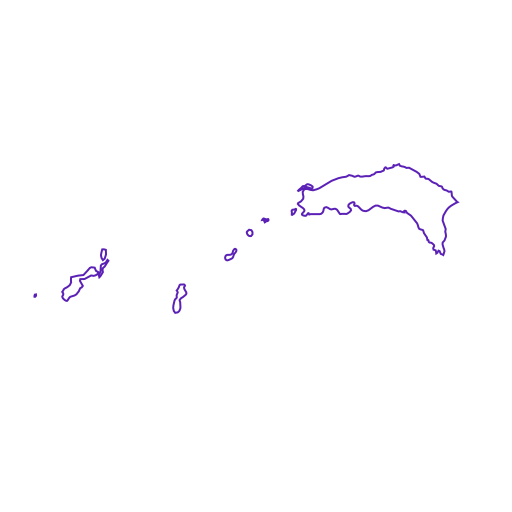 an SVG outline of Sulawesi Utara, rotated 222°
{"feature_id": "IDN-513", "entity_name": "Sulawesi Utara", "entity_type": "Province", "adm_level": 1, "iso_a3": "IDN", "parent_name": "Indonesia", "parent_adm1": "", "projection": "natural_earth1", "projection_center": [125.095, 2.916], "detail": "fine", "context": "isolated", "style": "outline", "palette": "violet", "viewbox_px": 512, "rotation_deg": 222, "n_neighbors": 0, "source": "natural_earth", "source_scale": "10m", "svg_char_len": 5865}
<svg xmlns="http://www.w3.org/2000/svg" viewBox="0 0 512 512"><g transform="rotate(222 256 256)"><path d="M117.5,382.0L118.6,381.8L120.1,381.2L122.9,382.5L123.9,382.1L123.7,381.3L123.4,379.6L123.7,378.5L125.1,379.7L126.3,380.4L128.3,379.5L129.6,380.4L129.9,381.2L130.0,382.0L130.2,382.6L131.0,383.2L131.7,383.3L133.6,383.3L134.3,383.2L135.0,382.9L135.5,382.5L136.1,382.1L137.1,382.1L137.6,382.4L138.1,382.9L138.6,383.1L139.4,382.6L141.3,384.1L146.5,385.4L148.6,386.7L149.4,386.9L151.7,385.8L152.8,385.4L154.1,385.8L156.9,387.5L158.2,388.1L167.8,389.7L172.5,389.1L173.2,389.2L174.5,389.7L175.0,389.7L175.8,389.1L176.0,388.6L175.8,388.0L175.0,387.6L176.1,386.8L178.8,385.8L179.9,384.5L187.6,381.2L189.8,380.7L190.7,379.8L192.4,377.7L194.6,376.5L199.2,375.0L200.9,373.4L201.9,370.8L203.0,365.3L204.1,363.1L204.9,362.4L206.0,361.7L207.2,361.1L208.6,360.9L213.2,361.2L214.5,360.9L215.1,360.5L215.6,359.9L216.0,359.4L216.8,359.3L217.4,359.7L217.7,360.5L218.1,361.2L219.0,361.5L220.0,360.9L220.8,359.4L221.4,357.6L221.5,356.1L220.8,354.8L219.8,354.3L217.1,354.4L215.9,353.5L215.8,351.5L216.3,349.3L216.8,347.9L220.5,344.7L221.0,343.9L221.8,343.4L226.7,344.6L228.4,344.3L229.4,343.5L231.1,341.1L232.3,340.4L235.1,339.9L236.5,339.3L237.5,337.6L237.1,336.1L236.1,334.6L235.6,333.0L235.8,331.0L236.6,329.8L243.4,323.7L244.0,322.7L244.3,322.4L245.6,323.0L245.9,322.7L245.8,319.9L245.9,319.2L246.7,318.5L248.1,317.7L249.5,317.5L250.1,318.3L250.1,321.6L250.7,322.5L252.0,323.0L253.3,323.0L257.9,322.4L259.8,322.7L260.1,323.6L259.1,326.7L259.2,330.1L260.6,332.0L262.5,333.3L264.2,334.9L264.8,338.0L262.8,340.1L259.9,341.5L257.6,343.0L255.7,345.9L254.3,348.7L250.1,362.5L246.8,369.0L244.6,372.2L242.4,374.8L242.0,375.4L241.3,377.3L241.2,378.0L240.8,378.5L238.4,379.9L236.2,380.6L235.6,381.0L235.1,381.8L234.0,383.9L233.5,384.3L231.8,384.7L230.4,385.8L228.1,388.6L225.8,390.6L224.7,391.8L224.1,394.0L223.1,395.5L222.9,396.5L222.9,397.6L222.9,398.2L222.0,399.5L219.6,402.0L219.0,403.5L218.6,404.2L218.3,405.0L218.5,405.7L219.0,406.4L219.2,407.0L219.2,408.4L218.9,408.7L217.4,408.6L216.8,408.7L216.6,409.0L213.8,413.3L213.5,414.5L214.5,415.2L214.5,415.7L213.2,416.3L212.4,417.3L211.2,420.0L209.4,419.4L207.7,420.1L206.2,421.1L204.9,421.7L203.2,422.1L201.3,424.0L193.0,426.0L189.6,426.3L186.8,424.9L186.0,425.5L184.0,427.7L182.1,427.1L181.6,427.1L181.0,427.5L179.7,428.5L179.1,428.7L174.6,428.9L173.2,429.3L170.4,430.4L169.7,430.5L167.3,430.4L166.1,431.0L165.0,431.7L164.4,431.9L163.6,431.7L162.8,431.2L161.9,431.0L160.5,431.1L158.1,432.3L155.8,432.7L155.2,433.3L154.2,434.5L153.7,434.5L153.1,434.0L150.9,432.0L150.0,431.5L142.8,430.8L142.2,430.9L143.0,429.1L144.6,424.1L145.1,421.5L145.2,419.2L144.9,416.5L143.8,411.5L142.4,409.1L141.0,407.2L133.1,403.0L131.6,400.7L129.5,399.2L128.5,398.3L127.8,397.5L126.3,393.6L126.3,391.4L126.2,390.8L125.7,390.1L124.9,389.3L121.7,387.3L120.9,387.0L119.2,385.8L117.7,382.6L117.5,382.0ZM375.7,112.6L377.7,114.6L379.2,116.5L375.2,122.2L371.5,126.4L371.4,132.0L371.5,135.9L370.8,137.5L368.1,139.4L365.0,137.9L362.4,138.5L361.6,136.2L362.4,134.1L363.4,132.6L365.5,131.2L368.0,124.2L371.1,121.2L370.3,119.8L369.3,119.4L368.0,119.0L364.7,117.9L364.5,116.1L365.1,114.4L364.5,112.4L364.2,111.7L364.0,110.7L364.0,109.7L363.8,107.4L364.4,105.3L366.7,101.4L366.8,100.8L366.8,99.9L366.7,99.1L366.4,97.4L366.3,96.4L367.0,95.7L368.7,95.3L370.6,95.3L371.9,95.6L372.9,96.3L373.1,97.1L373.2,97.9L373.8,98.9L374.7,99.4L375.4,99.4L376.0,99.7L376.1,101.0L376.6,102.7L376.3,104.3L375.6,106.0L375.2,107.8L374.9,109.8L375.7,112.6ZM292.4,180.9L292.6,181.5L293.1,182.7L293.3,183.3L293.2,183.9L292.9,184.4L290.5,186.6L290.0,186.8L289.0,186.5L288.7,185.9L288.7,185.1L288.3,184.3L286.9,183.4L283.6,182.4L282.5,181.4L282.3,180.0L282.9,176.1L283.2,175.4L283.4,175.0L283.4,172.4L283.1,171.9L281.5,171.0L278.0,167.5L277.2,166.5L276.6,165.1L276.2,163.6L276.4,161.8L278.0,159.7L280.4,160.2L282.8,162.0L284.3,164.0L286.7,168.3L287.1,169.7L287.1,170.2L287.0,170.7L286.9,171.2L287.1,172.1L287.4,172.4L288.6,173.6L289.0,174.3L289.7,176.4L289.9,176.6L290.7,177.0L291.5,177.3L291.8,177.3L292.0,179.1L292.4,180.9ZM278.1,234.4L278.6,235.6L278.6,236.7L278.1,237.6L276.2,239.4L275.8,239.9L275.5,240.5L275.3,241.8L275.6,242.9L276.4,244.3L276.6,245.2L276.7,246.2L276.6,247.0L275.9,247.6L274.6,247.4L273.9,246.4L273.6,244.9L273.6,243.5L273.4,242.3L272.4,240.0L272.1,238.6L272.4,237.6L273.7,234.6L274.3,233.7L275.2,233.1L276.3,233.1L277.3,233.6L278.1,234.4ZM361.1,140.3L364.1,144.1L364.9,145.1L365.0,146.7L364.1,148.4L363.2,150.5L363.8,153.7L362.5,153.7L362.0,150.3L361.4,147.0L361.7,144.4L360.5,142.7L359.0,141.6L358.6,139.5L358.1,136.8L358.2,135.4L360.1,136.7L361.1,140.3ZM367.0,150.5L369.5,151.2L371.7,152.8L373.1,155.0L373.8,156.3L374.7,158.0L373.5,159.2L371.7,160.1L368.5,156.8L366.7,152.8L367.0,150.5ZM268.0,332.7L268.4,332.7L268.4,334.3L268.0,336.6L268.0,339.0L267.7,339.6L266.7,340.5L266.5,341.1L266.0,343.6L264.8,344.5L262.5,345.3L260.4,345.5L259.5,344.4L259.7,343.5L260.3,343.0L261.8,342.5L264.9,340.9L268.0,332.7ZM277.3,266.5L278.6,267.3L279.0,268.1L278.7,270.9L276.7,272.1L274.6,271.4L273.1,269.7L273.0,267.6L273.8,266.7L274.9,266.2L276.2,266.2L277.3,266.5ZM259.5,313.1L259.8,313.6L259.9,314.7L258.3,316.5L258.2,317.2L258.0,317.6L257.7,317.7L257.1,317.2L256.8,316.4L256.6,315.2L256.2,313.9L256.1,312.5L256.4,311.8L256.6,310.8L257.0,310.6L257.6,311.3L258.3,312.2L259.1,312.9L259.5,313.1ZM274.7,287.9L275.5,286.9L275.7,287.5L275.6,288.7L275.3,289.1L275.0,289.0L274.7,289.0L273.5,289.9L273.1,290.0L272.5,290.4L272.1,291.1L271.6,291.6L271.1,291.4L270.6,290.7L270.7,289.9L271.1,289.2L271.3,289.1L271.7,288.6L272.2,288.5L272.2,288.2L271.8,287.5L272.0,286.9L272.4,287.1L272.7,287.4L272.9,287.3L273.2,287.4L273.6,287.7L274.2,287.9L274.7,287.9ZM393.4,77.5L394.0,78.2L394.5,79.3L393.8,80.2L392.9,79.3L392.8,78.0L393.0,77.7L393.4,77.5Z" fill="none" stroke="#5b21b6" stroke-width="2"/></g></svg>